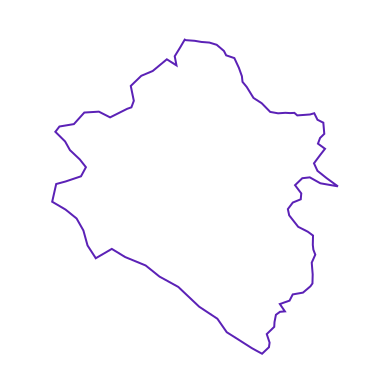 outline of Nata, Paphos, Cyprus, rotated 98°
{"feature_id": "46923920B19030754340251", "entity_name": "Nata", "entity_type": "district", "adm_level": 2, "iso_a3": "CYP", "parent_name": "Cyprus", "parent_adm1": "Paphos", "projection": "natural_earth1", "projection_center": [32.562, 34.775], "detail": "fine", "context": "isolated", "style": "outline", "palette": "violet", "viewbox_px": 384, "rotation_deg": 98, "n_neighbors": 0, "source": "geoboundaries", "source_scale": "gbopen_adm2", "svg_char_len": 1402}
<svg xmlns="http://www.w3.org/2000/svg" viewBox="0 0 384 384"><g transform="rotate(98 192 192)"><path d="M42.1,220.4L50.4,223.8L60.0,228.0L68.8,225.0L64.1,235.4L77.6,247.7L84.0,258.4L95.5,267.4L109.8,262.3L116.6,263.8L118.6,267.7L129.5,283.5L125.4,295.4L128.3,309.7L141.2,318.4L145.6,332.4L150.4,335.1L151.4,335.7L159.6,324.7L167.5,318.7L175.4,307.6L182.2,300.5L191.9,304.1L199.2,318.7L203.0,327.6L221.1,329.1L227.0,314.8L234.3,302.6L245.2,294.2L259.5,288.0L270.0,278.9L271.0,278.1L259.5,263.5L265.7,249.2L271.2,227.7L280.3,212.4L287.9,192.4L304.6,168.9L314.0,149.2L326.0,138.1L335.7,116.7L338.3,111.0L340.1,106.3L342.4,100.1L335.0,94.2L330.4,94.2L322.3,98.2L314.1,91.8L309.3,92.2L301.9,91.8L298.4,88.2L297.3,83.4L290.7,89.4L286.0,80.3L279.4,78.0L276.2,68.1L268.9,61.6L265.8,60.0L256.9,61.0L245.3,63.6L236.9,61.2L232.2,63.8L227.6,65.0L218.3,66.1L215.2,71.8L211.7,82.0L201.6,92.5L195.6,94.7L188.4,90.7L184.1,83.3L178.2,83.6L170.9,90.9L163.0,84.7L161.1,77.4L165.5,66.1L166.1,48.3L159.5,60.7L153.6,70.7L146.6,75.2L137.3,70.1L130.7,66.3L126.6,74.0L120.7,72.7L116.0,69.1L105.1,71.6L103.0,77.8L97.0,81.9L98.8,85.9L101.5,98.4L99.4,101.6L100.2,105.8L100.6,110.6L102.1,117.7L101.8,125.7L94.4,135.3L90.3,144.2L80.4,152.4L75.9,157.3L70.4,158.7L62.6,162.8L53.5,168.7L51.9,177.2L47.9,180.0L42.8,188.0L41.6,195.6L42.1,203.5L41.9,210.4L42.5,219.3L42.1,220.4Z" fill="none" stroke="#5b21b6" stroke-width="2"/></g></svg>